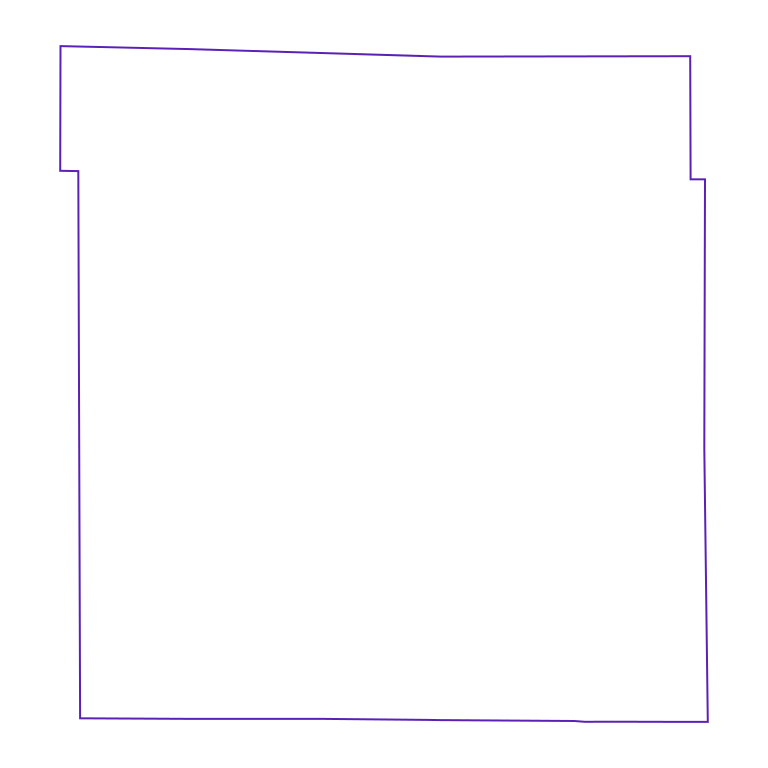 the district of Clark, Kansas, United States of America
{"feature_id": "52423323B23094259623608", "entity_name": "Clark", "entity_type": "district", "adm_level": 2, "iso_a3": "USA", "parent_name": "United States of America", "parent_adm1": "Kansas", "projection": "natural_earth1", "projection_center": [-99.798, 37.237], "detail": "fine", "context": "isolated", "style": "outline", "palette": "violet", "viewbox_px": 768, "rotation_deg": 0, "n_neighbors": 0, "source": "geoboundaries", "source_scale": "gbopen_adm2", "svg_char_len": 407}
<svg xmlns="http://www.w3.org/2000/svg" viewBox="0 0 768 768"><path d="M707.8,721.9L704.3,448.0L705.0,179.3L690.6,179.3L690.2,56.2L440.6,56.6L185.5,49.0L60.5,46.1L60.2,170.8L78.3,171.1L80.1,718.3L176.0,718.8L179.6,718.8L181.1,718.8L188.1,718.9L325.2,718.9L427.5,719.9L440.3,720.1L441.0,720.1L574.4,721.0L584.8,721.8L611.4,721.7L688.4,721.9L707.8,721.9Z" fill="none" stroke="#5b21b6" stroke-width="2"/></svg>